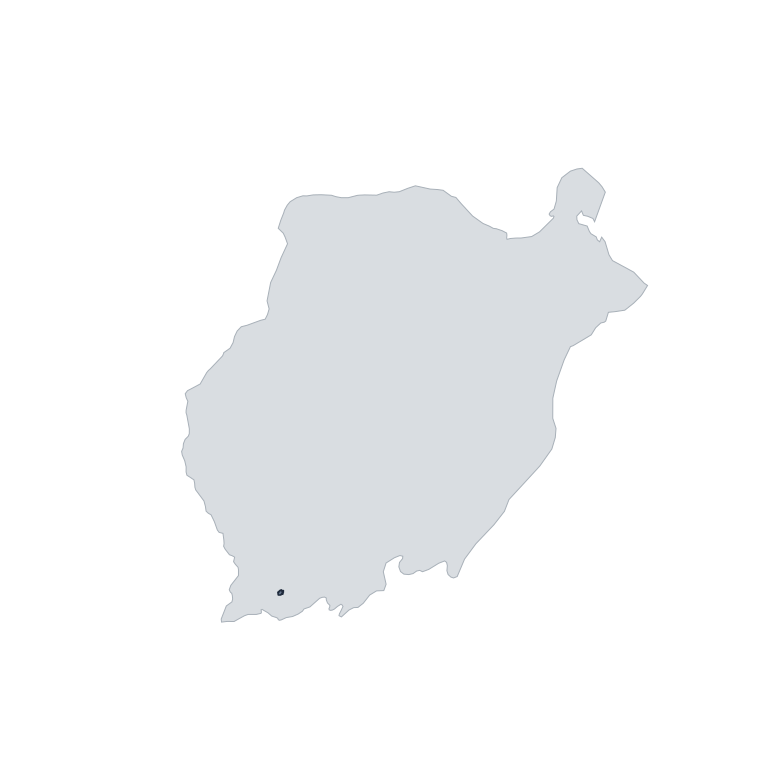 location of SAG, Timis, Romania, rotated 302°
{"feature_id": "2599482B10512528259578", "entity_name": "SAG", "entity_type": "district", "adm_level": 2, "iso_a3": "ROU", "parent_name": "Romania", "parent_adm1": "Timis", "projection": "natural_earth1", "projection_center": [21.184, 45.66], "detail": "fine", "context": "in_parent", "style": "filled", "palette": "slate", "viewbox_px": 768, "rotation_deg": 302, "n_neighbors": 0, "source": "geoboundaries", "source_scale": "gbopen_adm2", "svg_char_len": 4706}
<svg xmlns="http://www.w3.org/2000/svg" viewBox="0 0 768 768"><g transform="rotate(302 384 384)"><path d="M580.6,423.1L587.3,431.1L595.5,435.3L614.5,439.8L616.2,439.3L616.3,438.5L615.0,437.3L614.7,435.8L615.6,434.0L618.2,433.9L622.5,435.5L630.5,433.2L642.3,426.8L653.2,425.5L663.3,429.3L668.6,433.7L672.0,437.8L671.1,443.0L670.6,446.2L668.4,459.5L666.8,464.4L664.0,470.0L633.2,476.6L635.1,473.5L634.2,467.9L632.7,463.7L635.5,459.8L628.5,458.5L625.5,460.6L623.2,464.2L625.6,472.6L622.3,477.2L621.1,479.8L621.2,486.0L619.2,488.6L618.9,491.5L623.9,490.8L621.8,496.1L612.8,506.3L609.7,512.4L611.2,536.5L607.4,551.0L607.2,555.3L597.3,555.4L594.3,555.1L584.9,552.9L574.2,549.1L567.8,541.6L563.7,536.3L554.9,538.7L553.1,538.0L550.6,535.5L543.9,533.7L535.5,533.7L516.6,524.0L514.5,522.3L499.9,524.0L478.1,528.8L461.4,534.7L444.3,545.3L437.5,553.4L429.4,557.6L417.8,560.8L397.1,559.6L375.5,555.6L352.3,551.2L339.8,553.6L322.8,551.8L297.3,546.6L278.2,545.1L259.5,548.1L256.4,545.8L255.7,543.1L256.4,539.3L259.0,536.3L263.5,534.0L265.9,531.6L266.1,529.2L261.0,525.4L250.5,520.2L246.2,516.9L245.2,516.1L244.9,513.1L242.7,510.8L238.6,509.1L235.5,506.0L233.3,501.6L233.7,497.4L236.8,493.5L240.9,491.7L245.8,492.3L247.9,491.2L247.0,488.4L242.2,484.9L233.3,480.6L224.4,482.9L215.3,491.9L208.7,493.3L204.6,487.3L197.4,483.7L187.1,482.6L180.7,480.3L178.3,476.8L173.8,474.1L163.9,471.3L163.7,468.6L165.4,468.0L168.9,467.7L173.6,467.1L174.4,465.6L174.4,464.2L170.7,462.4L166.9,461.2L164.9,460.0L163.7,458.6L163.4,457.2L164.5,456.3L166.0,456.2L167.6,455.4L168.4,452.1L170.4,449.4L171.9,448.5L171.8,446.5L170.3,444.6L168.2,443.0L165.2,442.1L155.7,439.3L150.9,435.4L148.0,435.2L143.4,433.1L138.4,429.7L134.1,424.9L129.4,421.8L128.2,420.5L128.1,419.3L129.0,418.0L128.9,416.5L127.7,411.8L128.5,406.8L128.3,402.2L128.3,400.1L127.4,399.4L126.6,400.1L125.4,401.0L124.3,401.2L120.9,397.8L116.5,390.8L113.6,388.5L107.9,385.3L103.1,382.7L99.6,376.9L96.0,372.4L98.4,370.5L112.2,367.9L118.6,370.5L121.4,369.6L124.2,367.5L125.8,365.8L126.1,364.0L127.5,361.8L132.1,360.8L144.4,362.1L149.4,359.0L151.2,357.4L152.3,353.6L153.6,350.6L158.0,349.1L157.9,346.3L157.3,343.4L159.8,336.7L161.4,334.0L163.8,333.0L166.8,330.9L172.0,326.6L170.8,322.8L171.9,320.0L177.3,313.2L181.4,306.7L181.3,303.4L181.9,300.5L185.6,297.4L189.4,293.3L194.4,280.5L196.2,278.4L199.5,276.0L202.0,273.6L202.2,265.2L204.5,262.8L208.9,260.1L213.3,255.7L216.9,250.5L219.6,248.1L223.3,247.5L227.2,245.5L231.7,244.7L236.0,245.7L238.7,245.2L242.8,242.7L253.2,233.2L254.7,231.4L256.9,230.1L265.4,226.8L267.5,223.6L270.4,220.6L274.2,220.9L286.6,228.1L299.8,227.6L302.2,227.9L303.0,228.1L304.6,228.6L322.2,232.2L325.0,231.8L325.7,231.5L332.8,234.5L339.1,234.1L345.0,232.1L351.2,231.4L356.9,232.6L361.3,236.8L372.6,245.6L376.0,248.9L381.2,248.4L386.8,246.8L392.5,240.8L410.0,234.1L423.5,232.5L436.6,229.8L451.8,227.9L456.1,222.4L458.5,218.7L460.0,211.8L468.2,209.7L475.9,208.3L478.7,207.5L484.4,207.2L488.8,207.8L495.7,211.2L500.6,215.5L502.6,218.9L506.8,223.7L511.2,230.4L516.2,239.4L517.4,244.0L519.3,248.9L523.0,254.9L529.9,261.5L530.9,262.8L534.1,267.4L540.3,277.8L545.4,281.9L549.8,286.5L552.0,291.0L555.2,295.1L562.7,300.6L568.7,305.6L573.8,319.9L577.3,326.4L579.6,331.5L578.9,341.7L580.3,346.1L577.8,354.0L573.4,370.1L572.6,382.9L573.7,389.8L573.9,394.2L575.2,397.0L576.6,402.9L577.0,408.0L575.3,409.4L572.9,410.6L571.9,411.7L574.3,414.0L577.5,418.3L580.6,423.1Z" fill="#d9dde1" stroke="#a8b0b8" stroke-width="1"/><path d="M155.4,408.1L155.2,407.9L154.9,407.9L154.7,407.9L154.5,407.7L154.4,407.7L154.3,407.4L154.5,407.4L154.6,407.5L154.7,407.4L154.8,407.4L154.8,407.2L154.8,406.9L154.9,406.7L155.0,406.7L155.1,406.4L155.1,406.2L154.9,406.0L154.8,406.3L154.7,406.4L154.7,406.2L154.4,406.2L154.2,406.1L154.2,405.9L154.3,405.7L153.5,405.4L153.6,405.1L153.3,405.0L153.2,405.0L152.9,404.9L152.7,404.8L152.4,404.8L152.2,405.1L151.8,405.1L151.7,405.1L151.8,405.0L151.8,404.9L151.7,404.5L151.4,404.6L151.2,404.6L150.9,404.5L150.6,404.8L150.4,404.9L150.2,405.1L149.9,405.4L149.7,405.5L149.4,405.8L149.1,406.0L149.1,406.3L149.2,406.5L149.3,406.6L149.4,406.8L149.5,406.9L149.5,407.0L149.8,407.4L149.9,407.6L150.0,407.7L150.1,407.8L150.3,408.1L150.5,408.1L150.5,408.3L150.8,408.4L150.9,408.5L151.0,408.5L151.2,408.4L151.3,408.4L151.5,408.4L151.8,408.4L152.0,408.3L152.3,408.3L152.2,408.4L151.9,408.4L151.9,408.5L152.0,408.7L152.0,408.9L152.0,409.0L151.9,409.2L151.9,409.3L152.0,409.5L152.2,409.4L152.3,409.4L152.5,409.4L152.8,409.3L153.0,409.3L153.2,409.2L153.3,409.2L153.2,408.9L153.3,408.7L153.5,408.7L153.9,408.7L154.2,408.7L154.4,408.7L154.6,408.7L154.8,408.6L155.0,408.5L155.0,408.4L155.3,408.3L155.3,408.2L155.4,408.1Z" fill="#64748b" stroke="#1e293b" stroke-width="1.5"/></g></svg>